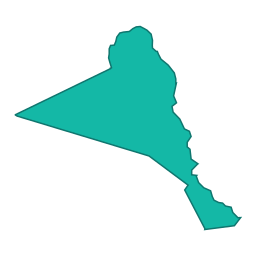 the district of Esperance, Soufrière, Saint Lucia
{"feature_id": "8701671B42907640167452", "entity_name": "Esperance", "entity_type": "district", "adm_level": 2, "iso_a3": "LCA", "parent_name": "Saint Lucia", "parent_adm1": "Soufrière", "projection": "mercator", "projection_center": [-61.035, 13.845], "detail": "fine", "context": "isolated", "style": "filled", "palette": "teal", "viewbox_px": 256, "rotation_deg": 0, "n_neighbors": 0, "source": "geoboundaries", "source_scale": "gbopen_adm2", "svg_char_len": 1053}
<svg xmlns="http://www.w3.org/2000/svg" viewBox="0 0 256 256"><path d="M15.4,114.7L15.4,115.0L17.2,116.1L149.1,156.0L149.6,156.4L187.4,184.6L188.1,185.1L184.7,190.0L205.0,228.9L204.8,229.5L234.4,225.7L240.6,217.6L237.9,217.7L232.8,212.5L231.1,207.2L225.4,206.0L222.6,203.1L218.6,202.5L214.0,200.2L212.3,196.6L210.6,190.8L203.8,187.8L198.6,182.6L196.2,175.9L196.7,175.4L195.9,175.3L191.7,174.8L191.7,172.8L191.7,170.1L197.7,163.9L197.9,163.8L194.5,161.4L191.1,159.1L190.0,149.3L187.2,146.9L187.2,142.3L191.1,136.5L189.4,131.3L184.4,128.9L179.8,119.1L173.1,112.1L172.0,106.3L176.5,102.8L175.6,100.6L173.6,95.9L176.3,83.4L175.8,83.7L175.8,78.9L174.3,72.9L168.2,65.1L161.0,59.2L158.5,54.4L157.3,51.4L156.2,51.4L152.5,48.1L152.3,45.5L152.5,40.3L151.1,34.1L147.0,30.2L144.2,28.6L140.2,26.5L136.2,26.9L132.9,28.6L129.3,31.5L123.4,32.1L121.1,32.7L119.8,33.0L116.8,37.1L115.8,41.5L114.3,45.1L111.4,45.4L110.6,45.4L109.2,48.8L109.2,54.0L108.6,57.9L109.8,62.2L111.5,67.7L109.7,68.5L111.2,68.3L15.4,114.7Z" fill="#14b8a6" stroke="#0f766e" stroke-width="1.5"/></svg>